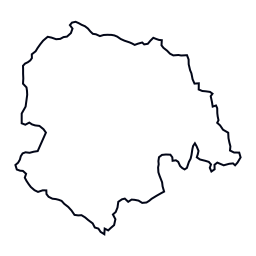 the district of Mata, Rio Grande do Sul, Brazil
{"feature_id": "56859067B52092652221629", "entity_name": "Mata", "entity_type": "district", "adm_level": 2, "iso_a3": "BRA", "parent_name": "Brazil", "parent_adm1": "Rio Grande do Sul", "projection": "albers", "projection_center": [-54.46, -29.545], "detail": "fine", "context": "isolated", "style": "outline", "palette": "ink", "viewbox_px": 256, "rotation_deg": 0, "n_neighbors": 0, "source": "geoboundaries", "source_scale": "gbopen_adm2", "svg_char_len": 2528}
<svg xmlns="http://www.w3.org/2000/svg" viewBox="0 0 256 256"><path d="M21.7,113.5L21.7,118.8L21.7,123.3L25.3,124.7L29.3,122.6L32.0,124.4L35.1,125.4L39.4,125.9L43.5,129.2L45.9,132.6L37.7,151.1L33.8,151.7L29.6,152.8L25.5,152.3L22.6,153.4L20.8,156.2L19.9,159.6L18.1,162.7L15.4,165.0L16.8,169.5L20.1,170.7L22.9,170.9L26.1,173.8L24.8,177.7L26.5,180.9L28.7,184.2L30.8,187.0L34.5,190.2L38.0,191.9L42.8,190.3L46.3,190.4L46.5,194.1L48.6,196.8L52.4,198.7L55.9,199.1L58.7,199.8L61.6,200.9L64.3,203.9L68.2,206.9L71.5,210.5L74.5,214.9L78.2,215.4L81.5,215.2L85.1,217.4L88.4,220.2L92.7,223.4L94.8,227.5L98.4,228.6L100.6,231.9L104.3,234.2L104.7,228.6L108.2,230.4L110.6,228.1L114.1,225.1L115.4,219.2L112.9,214.5L115.7,212.0L117.5,207.5L118.3,201.8L122.0,199.3L124.8,198.6L128.2,201.8L131.6,199.6L134.4,199.8L138.5,200.6L142.2,202.9L146.5,202.5L149.2,200.8L151.6,198.8L156.7,195.7L161.1,193.2L164.1,191.6L162.6,186.4L162.1,182.3L159.5,175.6L158.4,172.3L158.1,167.4L158.7,164.4L158.4,161.1L159.0,157.2L162.0,154.9L166.0,154.5L170.4,154.7L172.3,157.3L172.6,160.8L175.9,160.3L178.2,161.8L180.1,166.0L182.2,168.0L184.6,169.4L186.9,167.9L188.9,161.9L190.6,158.7L191.5,154.9L192.4,149.0L193.1,146.0L194.9,143.3L196.7,146.5L198.5,150.9L197.8,154.2L196.8,157.3L200.0,159.5L205.3,160.8L208.8,161.9L211.0,164.4L209.8,167.8L211.4,171.5L214.6,169.3L214.5,164.8L217.3,162.6L223.7,165.3L229.2,163.8L233.0,163.4L235.1,165.3L237.5,162.6L240.6,157.4L239.2,152.6L234.0,152.5L230.0,150.5L230.4,146.4L229.4,142.6L228.5,138.2L228.2,132.7L223.0,129.7L220.1,125.4L217.2,122.8L218.5,120.2L217.7,116.5L217.3,113.2L217.2,108.2L216.0,105.5L212.7,106.6L211.9,101.7L210.7,96.2L212.5,93.7L210.0,91.9L205.7,91.3L202.3,91.0L198.7,89.5L198.8,83.3L194.5,83.6L192.6,79.3L191.4,73.3L190.1,70.2L188.7,64.3L188.6,59.5L187.0,55.2L181.2,55.5L178.4,55.0L173.3,55.4L170.0,53.7L167.1,50.7L163.4,47.8L161.5,45.3L161.8,40.2L158.9,39.9L156.0,38.9L153.3,37.8L150.4,40.7L147.8,43.8L144.2,44.4L142.2,42.5L137.9,43.7L134.7,44.9L132.1,43.5L129.6,42.4L124.5,40.7L120.7,39.0L117.2,36.6L114.3,35.4L111.4,34.9L107.2,34.8L103.6,35.0L99.9,36.1L96.0,34.3L92.8,33.8L90.4,31.5L87.9,28.5L84.9,26.2L81.6,24.8L78.6,23.1L75.6,21.8L72.0,22.6L69.9,25.1L72.5,28.6L70.9,33.1L67.0,36.6L63.5,37.1L60.2,38.9L56.1,39.2L51.5,37.6L47.7,36.8L45.3,38.8L43.1,40.7L40.3,44.2L37.6,48.0L35.6,51.3L31.8,54.3L31.9,58.1L30.3,60.4L27.9,62.2L25.0,63.6L23.0,65.8L23.1,68.9L23.1,73.7L23.3,78.5L23.0,83.7L26.5,87.4L27.0,90.9L27.2,94.8L26.6,99.3L26.1,102.9L25.6,106.6L21.7,113.5Z" fill="none" stroke="#020617" stroke-width="2"/></svg>